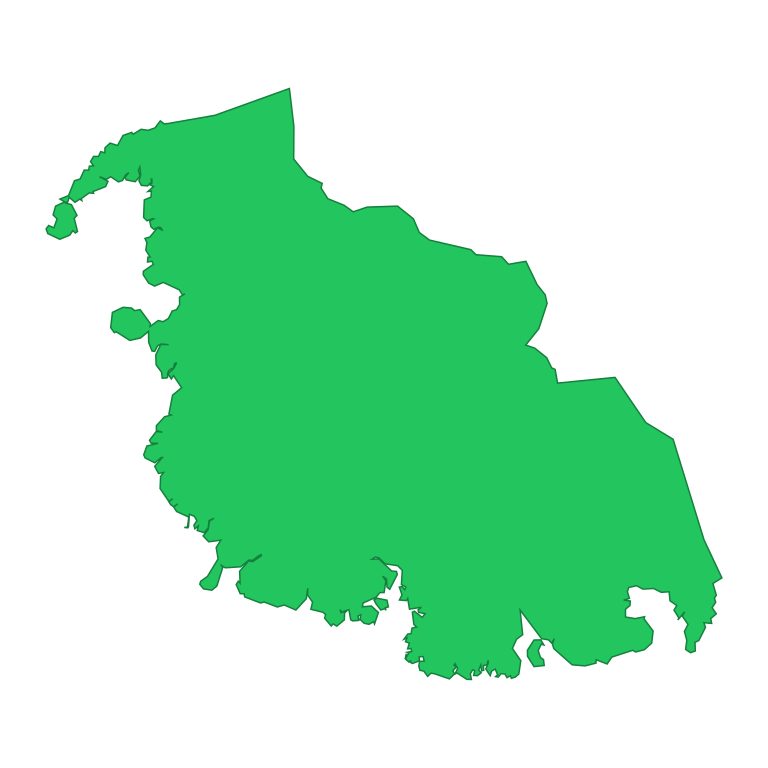 Kitti, Pohnpei, Federated States of Micronesia
{"feature_id": "79324940B78649033113369", "entity_name": "Kitti", "entity_type": "district", "adm_level": 2, "iso_a3": "FSM", "parent_name": "Federated States of Micronesia", "parent_adm1": "Pohnpei", "projection": "mercator", "projection_center": [158.19, 6.848], "detail": "fine", "context": "isolated", "style": "filled", "palette": "green", "viewbox_px": 768, "rotation_deg": 0, "n_neighbors": 0, "source": "geoboundaries", "source_scale": "gbopen_adm2", "svg_char_len": 6093}
<svg xmlns="http://www.w3.org/2000/svg" viewBox="0 0 768 768"><path d="M74.5,180.7L68.5,195.6L60.0,199.1L64.7,201.9L55.6,206.1L53.1,214.9L57.1,218.8L53.9,227.8L48.7,225.5L46.1,228.9L47.8,233.6L59.8,239.3L69.8,235.1L72.8,230.6L75.4,233.0L77.5,231.5L74.2,218.3L77.0,215.4L71.4,204.6L65.6,203.1L65.2,202.3L67.7,202.1L69.2,197.3L75.0,202.3L79.8,199.1L81.8,200.5L81.3,198.6L89.2,192.9L93.6,193.3L93.1,191.5L105.6,186.6L108.0,181.3L99.5,176.7L106.5,179.3L110.7,176.7L118.5,181.9L122.6,180.4L125.4,175.1L128.8,172.6L124.9,177.4L126.2,179.9L135.2,181.7L140.1,176.0L138.4,170.5L139.8,167.1L140.7,174.8L138.9,180.8L141.4,185.4L147.6,185.9L149.8,183.5L151.6,182.5L151.2,179.1L151.9,179.1L151.9,183.2L149.7,184.7L153.6,186.5L147.9,191.5L151.4,191.1L151.0,197.1L144.3,199.9L143.6,217.4L147.0,220.8L152.5,218.6L153.7,218.9L149.7,220.7L150.9,226.7L153.8,229.3L158.8,227.1L160.4,227.5L161.3,228.2L162.0,230.0L157.4,227.8L149.9,237.0L145.0,238.4L146.9,242.7L145.8,250.1L150.1,257.1L147.9,257.2L147.5,262.0L151.9,261.3L153.4,264.3L143.4,271.2L143.2,274.7L148.6,283.0L154.6,286.1L163.3,282.4L179.2,289.8L182.5,294.9L184.9,293.9L179.5,297.1L179.6,304.7L176.5,309.7L172.2,311.0L168.4,318.5L163.1,321.7L158.2,320.5L150.1,326.5L150.4,323.6L140.2,309.7L134.6,310.6L131.5,308.0L123.1,307.3L112.4,312.4L110.7,327.7L114.3,332.7L116.1,331.7L129.8,340.4L140.5,338.0L148.5,331.4L148.7,342.4L152.0,351.0L154.7,351.4L157.7,345.7L161.3,344.0L168.6,344.7L160.8,344.4L155.8,354.9L156.1,364.8L161.6,372.3L162.2,378.2L166.9,377.9L167.7,377.0L167.6,373.7L168.5,371.0L170.9,369.0L173.6,368.0L174.5,363.7L176.0,362.8L176.4,363.4L173.8,368.4L168.1,373.7L171.3,379.0L173.5,375.6L181.6,387.7L172.6,395.1L168.9,414.0L171.2,415.0L164.5,416.8L156.4,425.7L156.4,430.6L162.5,432.2L156.2,431.5L149.5,440.3L151.1,443.2L158.1,443.3L146.9,446.0L143.7,454.8L145.2,458.0L154.9,462.8L161.0,457.7L161.7,457.4L162.4,457.5L154.7,466.4L158.5,473.4L163.6,472.5L160.6,476.4L160.1,488.6L168.9,501.5L171.4,499.5L172.8,498.7L168.8,501.7L170.7,504.7L173.7,506.8L177.7,503.8L173.7,507.1L176.6,511.5L188.8,517.1L187.5,527.0L184.3,527.5L187.9,527.8L188.5,526.7L189.4,514.3L194.3,516.3L196.9,520.7L193.9,525.2L194.9,528.8L198.3,526.0L197.2,530.5L204.3,532.7L208.3,527.6L209.0,520.6L214.0,518.3L209.6,520.9L208.1,529.7L203.1,535.9L208.7,541.8L220.8,540.2L216.2,547.6L218.1,558.9L207.4,576.5L200.6,581.3L199.8,584.3L203.5,588.9L211.9,590.2L216.9,586.0L222.7,567.6L221.6,565.6L225.3,567.8L240.7,566.8L248.9,560.1L252.7,560.4L259.3,555.2L260.6,556.0L261.1,554.0L261.4,555.7L252.7,561.6L248.6,561.0L239.6,571.3L240.1,583.2L238.3,581.2L236.2,584.5L240.2,593.7L244.1,593.8L244.7,596.9L260.6,603.0L264.1,602.0L277.4,607.0L284.2,605.0L295.9,610.0L306.3,598.7L307.8,588.2L307.5,594.7L312.5,602.1L310.9,609.3L323.0,612.3L325.6,614.6L324.6,618.2L331.2,626.0L333.1,623.9L336.8,626.1L344.3,619.9L344.6,612.9L347.0,610.8L341.0,612.7L340.0,609.6L341.8,612.0L348.9,609.7L350.7,619.8L352.7,620.9L358.8,620.4L358.0,616.0L360.8,614.8L360.1,619.5L364.2,623.3L369.0,624.3L373.6,621.7L374.5,624.0L378.4,612.5L371.4,606.0L362.4,606.8L363.1,603.0L376.2,597.1L379.8,592.6L384.1,592.6L385.9,580.8L382.7,576.2L386.5,579.1L387.0,587.1L389.7,589.3L397.3,574.5L396.5,571.4L391.6,571.0L379.0,559.0L372.0,559.2L375.4,557.0L379.0,558.0L385.0,563.8L397.7,565.7L402.3,570.4L401.4,584.5L405.9,587.1L404.7,589.6L402.1,586.5L399.3,587.1L402.0,594.9L399.4,600.0L406.4,600.6L407.7,598.5L409.5,609.2L421.4,607.2L418.1,609.8L418.7,612.4L425.1,613.7L422.2,617.4L414.4,611.2L412.3,612.2L413.9,624.5L416.6,627.0L412.0,628.1L411.1,633.6L407.7,634.1L404.0,639.2L406.9,638.0L405.5,641.7L409.3,643.1L407.6,648.9L410.9,648.6L411.8,651.4L407.2,652.3L408.8,652.9L406.6,656.8L406.3,653.8L405.2,658.8L408.9,662.0L411.1,660.5L410.0,662.1L412.3,663.5L419.4,660.9L419.2,656.8L423.1,656.6L424.2,661.2L419.6,661.3L418.8,666.1L419.9,670.3L423.8,671.1L427.7,676.4L430.7,673.3L434.1,673.6L449.4,678.9L454.5,673.9L452.9,670.7L456.2,667.3L454.0,665.0L455.0,663.6L457.7,668.3L454.9,674.1L457.0,673.0L466.8,679.3L471.4,679.5L470.3,673.9L472.6,669.9L474.7,670.5L473.6,675.4L477.5,675.7L481.2,672.8L478.7,670.1L480.8,665.0L481.6,670.8L483.7,670.3L483.4,665.6L487.0,664.7L488.2,660.3L488.2,663.1L485.8,669.0L490.2,675.7L491.6,671.1L495.2,669.0L497.6,674.7L495.6,676.6L498.2,677.1L501.1,673.7L504.8,673.9L507.0,677.6L510.4,675.8L511.4,678.3L515.3,677.1L518.8,674.0L520.8,660.7L512.4,648.4L516.6,639.2L522.7,634.7L520.1,610.0L541.6,638.7L548.4,639.8L551.6,643.0L554.3,638.7L552.4,644.1L553.8,648.6L572.1,664.8L585.1,665.9L596.0,663.1L596.1,659.7L607.1,664.0L611.8,657.1L632.7,650.3L635.7,652.0L644.4,649.7L651.7,643.1L653.1,631.0L644.0,618.8L644.6,616.7L635.2,618.6L625.5,617.0L625.5,609.2L630.0,605.5L630.3,601.0L623.6,600.1L629.4,598.4L627.4,591.7L628.7,587.5L636.6,585.7L642.9,589.1L653.6,588.5L661.2,592.3L669.1,591.8L670.0,600.8L676.8,605.5L674.0,610.1L678.9,617.9L677.8,620.0L684.7,611.8L682.3,616.1L688.0,624.4L684.4,631.5L686.8,640.2L685.6,649.4L690.5,652.7L695.3,651.0L695.0,642.3L698.8,640.6L705.5,627.3L703.9,622.7L711.7,623.4L710.7,618.6L716.3,613.8L712.1,607.7L715.7,602.3L714.4,598.2L716.3,595.2L712.9,583.5L721.9,577.9L704.0,539.8L673.1,439.3L645.8,422.6L615.0,377.4L557.6,383.1L555.1,369.4L551.7,367.9L546.7,357.7L534.7,348.1L525.7,345.1L538.8,328.8L547.1,303.4L545.2,294.8L537.1,284.6L525.9,261.3L508.6,264.3L501.6,256.7L476.0,254.7L470.9,249.7L429.6,240.1L419.3,232.5L413.4,218.8L397.5,206.1L367.1,207.1L353.2,211.8L344.0,205.2L327.8,198.7L321.1,188.0L322.2,183.4L307.7,176.3L293.7,159.0L293.9,126.5L289.4,88.5L214.9,115.3L168.2,123.5L164.2,123.9L160.3,120.9L155.0,127.9L148.1,130.3L141.1,129.3L133.2,134.2L131.7,132.4L123.0,135.5L117.5,145.5L110.1,143.1L105.0,147.8L104.8,152.8L100.7,151.6L98.5,156.4L93.6,156.4L90.5,161.6L93.5,165.8L89.3,166.2L88.7,170.2L84.2,170.1L80.1,179.0L74.5,180.7ZM543.9,645.0L540.8,639.9L534.0,640.0L527.4,650.3L527.5,656.3L534.0,666.6L544.2,665.5L543.5,659.6L540.4,657.4L538.2,650.6L541.2,644.2L543.9,645.0ZM376.8,598.2L374.0,600.0L376.0,603.8L380.8,610.0L384.7,608.6L385.9,610.3L385.3,607.8L388.4,606.9L387.0,600.2L376.8,598.2Z" fill="#22c55e" stroke="#15803d" stroke-width="1.5"/></svg>